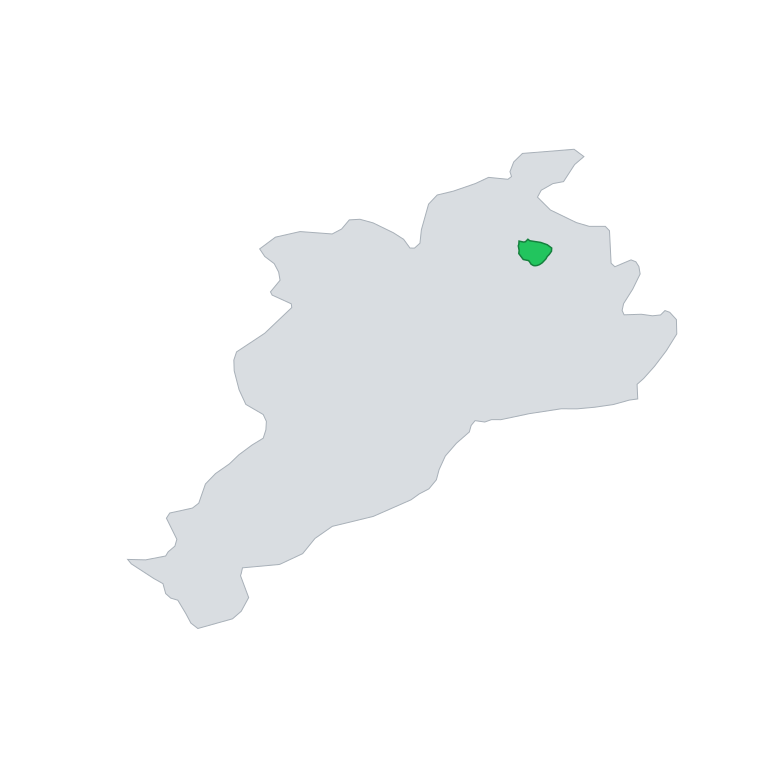 Slovenia, with Vipava highlighted, rotated 162°
{"feature_id": "SVN-1035", "entity_name": "Vipava", "entity_type": "Municipality", "adm_level": 1, "iso_a3": "SVN", "parent_name": "Slovenia", "parent_adm1": "", "projection": "equal_earth", "projection_center": [13.989, 45.819], "detail": "fine", "context": "in_parent", "style": "filled", "palette": "green", "viewbox_px": 768, "rotation_deg": 162, "n_neighbors": 0, "source": "natural_earth", "source_scale": "10m", "svg_char_len": 2148}
<svg xmlns="http://www.w3.org/2000/svg" viewBox="0 0 768 768"><g transform="rotate(162 384 384)"><path d="M682.0,296.4L665.1,290.4L644.8,287.9L641.1,291.1L633.0,294.4L629.0,300.3L632.4,323.6L627.6,327.5L604.5,325.2L597.0,327.9L584.7,344.1L571.9,350.9L555.7,355.8L543.7,361.6L528.5,366.7L515.6,369.8L510.5,376.9L507.4,384.8L508.3,392.3L521.7,407.3L523.6,423.2L522.4,442.8L519.4,453.2L514.3,460.1L481.8,469.1L448.1,485.2L447.4,488.9L462.9,503.1L463.5,506.7L450.8,514.8L449.6,523.0L451.2,532.4L458.0,542.1L460.5,550.9L441.9,557.2L416.7,554.9L386.9,542.7L376.4,544.5L366.3,550.8L356.0,548.1L344.6,540.6L328.4,525.0L320.6,515.5L317.3,505.3L313.0,503.8L306.3,506.8L300.8,519.1L286.0,541.3L275.0,547.3L258.4,546.0L235.1,546.4L220.7,548.2L202.9,540.4L198.6,541.9L198.6,547.0L192.0,555.1L181.1,560.5L130.7,548.5L123.6,538.5L134.9,533.8L150.7,521.0L161.5,522.4L174.6,519.7L180.3,514.3L172.0,498.1L151.2,478.1L140.1,470.5L124.8,465.5L122.2,460.1L130.7,428.7L128.2,424.2L110.7,425.7L106.7,422.4L105.3,416.9L106.4,409.5L118.2,397.3L131.3,386.4L134.8,380.4L134.3,375.6L117.7,370.8L107.6,365.9L99.6,364.2L94.1,367.0L90.1,363.9L86.0,354.9L90.1,341.1L105.2,328.4L121.3,317.2L135.4,309.0L143.4,305.5L147.3,291.4L155.7,292.9L172.3,293.6L190.8,296.8L208.0,300.7L223.2,305.7L255.0,310.9L284.0,314.0L292.8,316.9L299.9,316.7L308.7,321.0L313.9,317.7L317.7,312.0L333.4,305.3L347.9,296.6L358.1,285.5L363.8,276.7L373.7,270.4L384.4,268.6L394.1,265.5L435.1,261.4L477.2,264.6L497.3,258.5L513.8,247.8L537.9,244.8L539.2,244.7L575.4,252.9L578.2,248.1L579.7,246.0L578.7,222.7L590.0,212.0L600.6,207.5L636.6,209.0L641.5,216.2L643.5,227.3L646.9,242.1L653.0,246.3L656.4,252.1L655.9,262.4L663.0,270.1L679.9,291.0L682.0,296.4Z" fill="#d9dde1" stroke="#a8b0b8" stroke-width="1"/><path d="M213.1,459.4L215.5,466.4L214.2,469.3L213.6,473.9L212.6,475.2L211.4,478.2L207.3,475.8L206.6,475.7L205.3,475.6L204.8,476.0L202.4,477.2L201.1,475.2L191.2,470.2L185.7,466.0L182.5,461.5L183.7,458.5L186.6,456.3L189.4,454.8L191.4,452.9L196.0,450.4L199.2,449.5L201.8,449.4L203.8,449.8L205.3,450.5L207.1,452.5L207.7,454.9L208.4,456.7L213.1,459.4Z" fill="#22c55e" stroke="#15803d" stroke-width="1.5"/></g></svg>